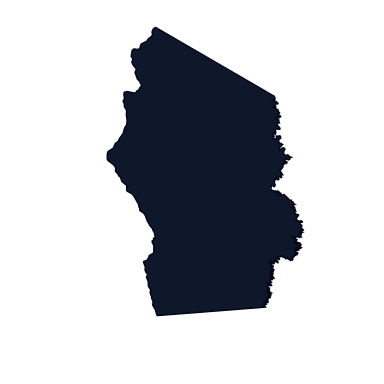 the district of La Primavera, Vichada, Colombia, rotated 300°
{"feature_id": "7082276B79369128068178", "entity_name": "La Primavera", "entity_type": "district", "adm_level": 2, "iso_a3": "COL", "parent_name": "Colombia", "parent_adm1": "Vichada", "projection": "equal_earth", "projection_center": [-69.552, 5.549], "detail": "fine", "context": "isolated", "style": "filled", "palette": "ink", "viewbox_px": 384, "rotation_deg": 300, "n_neighbors": 0, "source": "geoboundaries", "source_scale": "gbopen_adm2", "svg_char_len": 6112}
<svg xmlns="http://www.w3.org/2000/svg" viewBox="0 0 384 384"><g transform="rotate(300 192 192)"><path d="M178.1,102.2L177.2,103.8L176.5,110.0L175.6,112.6L174.0,114.4L171.8,115.3L170.7,118.5L169.3,120.8L169.1,122.6L166.1,126.0L165.0,132.3L161.0,134.4L160.3,135.4L160.5,140.9L158.8,144.9L154.4,152.2L152.8,153.3L151.7,155.0L150.0,156.0L149.5,160.6L148.2,163.7L146.8,164.8L146.3,166.3L145.2,166.8L141.5,173.1L140.4,176.8L139.4,177.1L138.7,178.7L136.9,180.8L134.3,182.8L132.6,181.9L130.9,182.8L129.6,182.0L128.3,183.0L126.7,185.7L120.2,189.3L115.5,186.8L113.4,187.3L110.3,187.2L107.8,185.0L107.1,185.0L103.6,189.3L101.5,190.0L100.0,191.5L99.2,192.6L99.0,194.6L95.6,195.2L92.4,199.0L88.5,201.5L86.7,205.2L84.0,206.0L80.9,209.6L80.0,210.1L78.9,211.4L78.7,212.6L77.6,212.8L76.7,214.2L75.9,213.8L74.3,214.7L71.9,219.0L67.9,223.0L67.7,223.8L129.1,313.2L129.8,312.1L128.8,311.2L129.5,310.8L130.7,311.4L130.8,309.8L131.3,309.4L131.7,309.8L131.1,311.5L132.0,312.5L133.5,311.4L133.3,309.4L134.0,309.6L134.3,310.5L133.9,312.0L134.4,313.0L135.1,312.2L135.8,312.3L136.4,310.7L137.2,310.7L137.6,311.9L137.7,310.2L138.3,309.8L139.4,312.4L140.1,312.3L140.0,311.3L140.6,310.3L141.3,310.7L141.6,311.9L142.6,311.7L143.1,311.3L143.0,310.4L141.7,309.8L142.4,308.7L142.6,307.3L143.5,307.6L143.0,308.9L144.3,310.8L144.4,306.6L145.7,306.0L146.1,307.0L145.9,307.9L147.4,307.2L147.5,304.5L148.6,305.0L150.0,304.8L150.1,307.0L151.1,307.5L151.6,305.7L150.2,303.6L150.6,302.6L151.3,303.1L151.8,305.0L153.5,306.0L153.8,304.2L154.6,304.1L154.9,303.5L156.3,304.2L156.0,305.1L156.5,305.3L156.9,304.2L156.5,302.8L157.0,302.4L158.3,306.0L159.2,304.3L158.6,304.0L158.9,303.3L158.3,302.6L159.9,302.2L160.1,303.2L160.7,302.5L159.6,300.9L161.2,301.2L161.8,303.0L162.7,302.0L162.0,300.3L162.2,299.6L162.7,299.8L162.9,300.5L162.5,301.1L163.5,302.1L164.4,302.0L164.3,300.3L164.7,300.5L164.9,299.9L165.5,300.2L165.2,301.6L165.6,301.7L166.7,298.0L167.3,298.2L167.5,299.5L168.2,299.6L168.7,298.4L168.0,296.5L168.4,296.4L168.8,297.4L169.3,296.9L169.2,295.6L169.7,296.1L169.4,295.0L170.5,294.6L171.5,294.8L170.8,296.3L170.7,298.4L171.1,298.9L172.1,298.4L172.6,297.6L173.5,297.9L173.7,301.6L174.8,301.1L175.0,297.6L176.5,298.1L176.8,300.7L177.5,301.3L178.1,300.8L178.0,298.8L178.6,299.2L178.9,298.6L179.5,298.7L180.0,300.9L181.6,301.8L181.0,303.6L181.9,304.4L181.3,305.8L181.6,306.3L181.2,306.6L181.8,307.1L182.0,308.0L182.5,307.6L182.0,310.3L182.3,310.5L182.1,311.4L182.8,311.4L183.0,312.9L183.7,312.7L184.0,311.4L184.5,312.8L185.7,311.8L186.4,312.3L186.7,311.4L187.2,311.6L186.8,312.5L187.2,312.8L188.3,312.1L188.4,311.4L188.9,313.4L190.3,312.7L190.3,314.2L191.1,313.9L191.7,314.3L192.1,313.9L192.2,310.8L193.5,311.0L194.2,312.5L195.4,313.5L195.9,312.7L195.3,311.1L194.1,310.3L195.3,309.5L196.5,310.6L197.2,313.9L198.5,314.6L198.6,313.1L197.4,311.6L197.7,310.2L199.6,311.0L198.9,312.6L200.4,312.9L201.3,312.1L201.7,310.6L201.0,309.0L201.2,307.5L200.4,307.0L199.2,307.9L199.2,307.5L200.0,305.3L201.6,306.8L203.3,306.6L203.0,302.6L203.5,300.5L203.9,300.8L204.4,304.1L205.8,305.3L206.3,306.9L206.9,306.4L206.6,308.1L207.6,308.0L207.8,309.0L208.6,308.0L208.1,307.0L208.3,306.5L209.1,307.4L209.6,307.4L210.0,306.5L210.3,307.7L211.4,307.0L212.0,307.5L211.6,306.3L211.8,305.2L213.6,307.1L214.7,307.5L215.3,305.6L214.6,304.4L216.0,303.8L217.1,304.4L218.0,303.5L218.2,301.9L219.1,300.9L220.0,300.9L220.9,302.5L221.5,302.2L221.7,300.8L220.3,300.5L220.4,298.8L219.5,298.3L220.0,297.5L219.5,296.3L220.2,296.7L221.9,295.0L222.6,295.7L223.4,295.3L224.6,296.1L225.4,295.7L225.1,293.8L224.5,293.2L225.3,291.9L224.2,290.7L225.6,291.2L226.7,290.4L227.2,291.1L227.3,290.4L228.3,290.4L228.9,289.2L228.3,288.4L228.5,286.0L229.8,286.1L229.0,288.2L229.7,288.7L230.6,286.8L231.4,286.8L232.2,286.0L232.7,286.9L232.8,285.8L232.1,284.3L233.3,285.2L233.9,284.3L233.4,282.6L234.5,282.2L233.8,281.0L234.1,279.9L233.9,279.2L234.6,278.3L233.9,277.4L234.6,277.3L235.2,276.3L235.2,274.9L235.8,273.4L235.6,272.6L234.3,272.1L234.4,270.6L234.0,270.1L234.7,270.3L235.3,269.6L235.2,269.1L234.6,269.5L234.4,269.1L234.7,267.7L235.6,267.3L235.4,266.3L235.8,265.7L235.1,265.3L234.4,266.1L233.7,265.7L234.7,263.9L233.4,263.2L234.0,262.1L233.5,260.4L233.9,258.4L236.0,258.3L237.2,257.3L237.8,258.9L237.7,260.5L238.8,260.7L239.9,260.4L241.4,258.4L243.5,257.8L244.4,258.2L245.9,257.5L245.5,260.4L246.7,260.8L247.8,259.0L248.5,259.1L249.0,260.1L248.9,261.8L249.5,262.3L250.3,261.4L251.6,261.3L252.0,260.0L252.5,260.3L252.6,261.2L254.8,257.1L256.4,257.9L258.6,258.2L259.8,258.0L260.8,256.8L262.1,257.9L263.4,256.8L263.7,259.2L264.6,259.6L265.5,259.1L265.4,256.4L266.4,256.1L267.9,257.5L268.0,259.5L269.4,260.3L270.9,259.6L271.6,260.4L271.4,258.9L272.1,256.2L270.5,255.3L270.7,252.6L272.4,251.3L275.7,251.0L276.1,249.9L276.0,249.1L274.8,248.0L272.0,247.2L273.9,245.6L278.5,246.7L278.3,242.7L278.6,242.0L280.1,241.5L281.0,240.5L282.8,242.0L284.5,240.6L284.5,239.8L283.2,238.5L282.7,237.2L281.1,238.2L278.9,237.5L278.9,236.8L279.4,236.8L279.6,234.8L280.5,234.5L281.3,235.3L282.3,233.5L283.2,233.0L283.7,233.7L283.7,235.2L284.6,234.5L285.1,235.0L288.3,232.5L289.8,236.1L290.5,236.7L291.4,236.0L292.6,232.4L293.2,231.8L294.5,231.9L295.6,233.1L296.4,231.9L297.7,231.2L298.2,230.0L297.7,228.7L298.4,227.9L299.5,228.5L299.9,230.3L301.5,231.1L302.0,230.4L302.0,227.9L304.2,228.3L305.1,225.9L306.1,225.7L305.9,224.0L306.9,222.1L308.3,221.5L308.1,220.6L306.5,221.1L306.4,220.1L309.3,220.0L310.2,220.5L311.0,222.1L311.9,222.0L312.4,219.3L311.8,217.4L311.9,215.9L313.2,217.4L314.0,217.5L316.0,215.6L316.3,78.3L314.7,77.2L313.3,77.0L310.6,77.4L308.6,79.1L306.9,79.3L302.3,77.5L300.0,77.5L294.7,74.0L290.5,74.9L289.2,74.6L288.0,73.2L286.9,70.2L284.7,69.4L279.0,71.6L278.0,73.8L277.4,74.4L274.4,75.0L272.4,77.8L270.8,82.3L267.1,82.9L262.5,88.3L261.7,91.2L258.9,95.3L256.0,94.7L253.5,94.9L252.3,93.9L249.6,93.6L248.6,91.9L246.6,85.7L244.5,83.5L242.3,84.3L239.1,86.9L236.5,86.9L235.4,87.9L234.7,89.3L232.3,90.6L230.0,94.6L225.4,97.0L221.6,100.0L217.9,101.8L213.9,101.7L208.1,103.1L202.2,102.5L198.8,102.8L195.9,101.4L190.5,101.9L185.1,99.1L182.4,99.7L178.1,102.2Z" fill="#0f172a" stroke="#020617" stroke-width="1.5"/></g></svg>